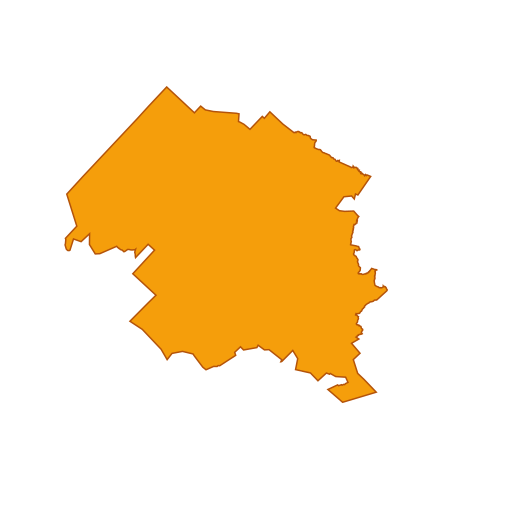 Janos, Chihuahua, Mexico (Albers equal-area conic projection), rotated 313°
{"feature_id": "50627088B67966039519122", "entity_name": "Janos", "entity_type": "district", "adm_level": 2, "iso_a3": "MEX", "parent_name": "Mexico", "parent_adm1": "Chihuahua", "projection": "albers", "projection_center": [-108.251, 30.757], "detail": "fine", "context": "isolated", "style": "filled", "palette": "amber", "viewbox_px": 512, "rotation_deg": 313, "n_neighbors": 0, "source": "geoboundaries", "source_scale": "gbopen_adm2", "svg_char_len": 6118}
<svg xmlns="http://www.w3.org/2000/svg" viewBox="0 0 512 512"><g transform="rotate(313 256 256)"><path d="M370.1,288.9L392.4,285.6L391.0,281.9L390.0,281.8L390.3,280.6L388.8,280.7L389.1,279.5L388.8,278.7L388.9,277.6L388.9,277.4L388.3,277.3L387.7,276.4L387.9,276.1L388.7,276.1L389.0,275.6L388.9,275.0L388.2,274.3L388.3,273.8L388.2,273.6L388.4,273.2L389.2,273.0L389.1,272.7L388.5,272.2L388.6,271.2L389.2,271.1L389.5,270.7L389.5,270.4L389.0,269.7L389.1,268.7L388.7,268.5L388.2,267.7L387.5,267.6L387.1,267.3L387.2,266.9L387.9,266.4L388.0,265.8L387.7,266.0L386.7,266.1L385.7,265.4L385.8,265.2L381.5,252.7L382.5,251.9L381.8,251.8L382.0,251.2L381.6,250.6L380.6,250.7L380.2,250.3L380.2,249.3L380.6,247.9L380.0,246.6L380.1,246.1L380.4,245.4L379.9,244.5L379.5,244.1L379.9,240.9L378.6,237.3L378.2,236.6L378.0,235.6L377.2,234.2L377.3,232.3L377.6,231.5L377.5,231.1L377.6,230.5L377.2,229.8L376.5,229.1L375.5,226.6L375.3,225.5L374.9,225.0L375.0,224.7L375.3,224.2L375.9,224.0L377.3,223.0L377.6,222.6L379.0,221.8L379.3,221.6L379.8,221.7L380.9,221.6L381.9,221.1L382.3,221.2L381.3,220.3L379.6,218.1L379.5,217.8L379.3,216.3L379.4,215.3L380.3,214.2L380.4,213.4L380.0,213.0L379.8,212.0L378.9,210.9L378.9,209.5L378.5,209.1L377.7,208.8L377.2,208.1L377.1,207.7L377.4,205.3L376.5,204.6L376.3,204.1L376.5,203.6L376.1,203.1L376.3,202.8L376.2,202.3L375.4,201.5L374.2,201.0L373.5,201.1L373.4,200.2L372.6,200.1L372.1,199.7L370.8,185.7L370.9,167.8L362.4,168.2L362.4,165.4L344.5,165.2L344.1,157.4L343.0,153.1L342.4,151.5L348.4,146.6L347.0,144.3L332.6,126.3L328.3,119.3L327.9,113.3L318.7,113.3L318.7,75.4L292.9,75.3L275.4,75.5L195.9,75.2L172.2,75.4L155.6,104.6L138.9,104.6L138.4,105.6L135.2,108.1L133.9,108.8L131.7,112.5L131.6,114.2L131.7,114.7L132.6,115.7L133.3,116.0L144.0,110.9L147.2,118.3L158.8,119.1L150.8,126.4L147.9,137.0L151.2,140.2L168.1,147.5L167.9,149.1L168.2,150.4L168.0,150.6L168.3,151.5L168.2,152.2L168.6,153.3L169.0,153.9L169.1,155.0L168.9,156.2L169.1,156.5L169.7,156.9L173.3,157.7L174.2,158.7L174.9,160.0L176.0,161.4L176.8,162.0L177.5,162.8L178.2,163.2L178.8,163.3L176.0,164.8L175.0,166.4L173.6,167.8L172.7,169.0L191.0,169.1L191.1,177.8L159.0,178.0L159.1,209.6L148.1,209.1L122.3,208.3L124.8,222.9L123.1,250.2L119.6,261.7L127.5,261.0L136.1,267.3L141.4,276.7L140.8,279.3L138.4,292.9L138.7,297.0L146.3,300.3L148.7,302.9L150.0,303.0L151.0,304.3L169.5,308.9L171.0,306.1L179.0,306.6L178.8,311.0L189.6,319.1L192.2,318.4L193.1,326.2L196.4,329.4L197.7,345.6L195.6,346.3L196.0,346.6L196.6,346.8L212.0,347.3L209.4,356.5L199.9,362.4L207.6,375.6L207.0,386.4L218.4,387.3L219.7,390.4L220.7,390.4L222.2,396.5L228.5,404.2L226.3,409.5L223.7,408.5L222.4,408.5L221.8,407.6L220.2,407.1L220.2,406.3L217.5,404.9L217.4,403.6L207.4,399.6L208.1,419.1L238.4,436.8L239.4,419.4L239.5,410.4L246.6,397.8L255.8,398.4L257.3,385.4L265.4,387.8L264.9,384.5L266.0,384.8L266.1,384.6L266.8,384.5L267.6,385.0L267.8,384.6L268.0,384.6L269.0,385.0L269.4,385.5L269.9,385.6L270.0,385.8L270.4,385.9L270.6,386.3L271.6,386.7L271.7,386.3L271.7,385.6L272.0,385.1L273.2,384.6L273.7,384.8L274.5,384.6L274.9,384.3L275.2,383.7L274.9,383.1L275.0,382.5L275.2,382.0L276.0,380.9L276.0,380.6L275.7,380.3L275.6,379.9L275.7,379.5L275.3,378.9L275.7,378.8L275.7,378.7L275.3,377.8L275.0,377.5L275.0,377.2L274.5,376.5L274.5,376.2L275.0,375.5L277.0,375.2L278.4,374.1L279.1,374.0L280.1,373.6L280.9,372.4L281.5,372.2L281.3,371.8L281.3,371.2L281.5,369.9L280.9,369.3L280.8,369.0L282.2,368.4L282.5,369.1L282.7,369.3L283.8,370.0L284.1,370.5L284.9,370.8L286.8,370.4L287.3,370.7L288.0,370.7L288.5,370.4L289.2,370.3L289.8,370.0L290.4,370.1L291.0,370.3L291.7,370.0L292.8,370.2L293.3,369.6L294.2,369.6L294.7,369.7L295.1,369.6L296.4,369.8L297.0,370.0L297.4,370.0L298.6,370.6L299.7,370.5L300.0,370.8L301.0,371.2L301.4,371.8L302.7,372.5L303.3,372.7L304.0,372.6L304.5,372.7L305.3,373.5L305.9,373.8L306.0,374.2L306.2,374.3L319.8,375.4L320.7,375.1L320.9,374.0L321.5,373.0L321.4,372.3L321.7,371.8L321.6,371.3L321.3,370.7L321.1,370.7L321.1,370.1L320.6,369.9L320.7,369.6L320.0,370.1L319.1,369.9L318.2,369.4L318.2,369.2L317.3,368.1L317.2,368.2L316.7,367.3L316.8,366.6L316.1,365.1L315.7,363.1L315.9,362.7L318.0,359.8L318.3,359.7L318.7,359.1L319.5,358.9L319.9,358.4L320.2,358.5L321.0,358.1L321.1,357.8L321.8,357.1L321.7,356.9L322.4,356.6L322.4,356.4L322.6,356.4L322.8,356.1L323.2,356.1L323.6,355.7L324.5,355.3L325.1,354.5L325.3,354.5L325.7,354.0L325.7,353.7L325.9,353.5L327.5,353.5L328.2,353.8L328.2,353.5L327.3,352.2L326.9,352.0L326.9,351.6L326.7,351.0L325.8,349.1L325.4,349.3L324.9,349.1L323.7,349.3L322.9,349.2L322.5,349.5L321.9,349.3L321.7,349.5L321.2,349.2L320.9,349.5L320.6,349.5L320.2,349.4L320.1,349.2L319.5,349.2L318.9,348.7L318.7,348.8L318.6,348.5L318.3,348.6L318.2,348.4L317.5,348.3L317.0,347.7L315.7,347.0L315.2,346.5L314.8,345.9L314.9,345.3L314.2,344.7L314.1,344.3L313.7,344.2L313.6,343.8L313.1,343.4L312.9,343.0L313.1,342.5L313.5,342.4L313.6,342.2L314.6,342.1L315.0,342.3L315.9,342.0L316.1,342.1L316.5,342.0L318.6,340.4L318.7,340.2L318.6,339.4L318.7,338.0L318.8,337.6L319.9,336.6L320.6,334.7L321.0,334.5L321.3,333.8L322.7,333.3L323.2,332.0L323.3,331.1L324.0,329.4L323.6,328.1L323.8,327.7L323.6,327.1L323.6,326.6L323.8,326.2L324.4,325.7L325.2,325.6L326.7,324.5L327.4,323.9L327.7,323.8L328.4,324.1L328.8,325.8L328.7,326.2L329.0,326.4L329.4,326.4L330.3,326.8L330.8,327.1L331.0,327.6L331.4,327.7L331.8,327.4L332.0,326.8L332.2,325.6L332.7,325.2L332.7,324.2L332.4,324.0L331.7,322.4L328.8,317.7L328.7,317.5L328.8,317.4L329.4,317.0L330.0,316.8L330.1,316.6L330.4,316.4L331.4,316.0L332.2,314.8L333.1,314.0L333.4,313.8L333.6,313.5L334.7,313.5L335.0,313.4L335.9,312.1L336.3,312.0L338.2,311.1L338.8,311.0L339.1,310.7L339.7,310.6L339.9,309.9L340.4,309.6L341.1,309.5L341.6,309.2L341.8,308.6L342.4,308.7L343.0,308.0L343.7,307.8L344.1,307.0L344.3,306.9L344.9,306.8L345.9,306.2L346.0,306.3L346.3,306.9L347.3,306.9L347.6,307.1L348.2,306.8L349.0,307.3L349.7,306.6L350.9,306.1L351.0,305.8L350.5,305.5L351.1,305.1L351.7,305.1L353.6,304.3L355.0,304.2L354.9,302.9L355.5,296.8L349.1,290.4L346.0,286.1L345.3,281.5L359.3,279.9L365.1,285.0L364.7,289.0L369.2,286.5L370.1,288.9Z" fill="#f59e0b" stroke="#b45309" stroke-width="1.5"/></g></svg>